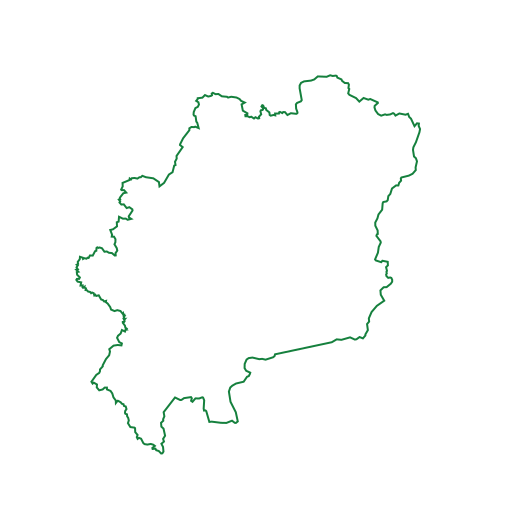 Natagaima, Tolima, Colombia, rotated 346°
{"feature_id": "7082276B16857235626689", "entity_name": "Natagaima", "entity_type": "district", "adm_level": 2, "iso_a3": "COL", "parent_name": "Colombia", "parent_adm1": "Tolima", "projection": "orthographic", "projection_center": [-75.144, 3.531], "detail": "fine", "context": "isolated", "style": "outline", "palette": "green", "viewbox_px": 512, "rotation_deg": 346, "n_neighbors": 0, "source": "geoboundaries", "source_scale": "gbopen_adm2", "svg_char_len": 6037}
<svg xmlns="http://www.w3.org/2000/svg" viewBox="0 0 512 512"><g transform="rotate(346 256 256)"><path d="M198.3,412.1L198.6,402.7L196.0,391.3L196.9,381.0L199.2,377.4L201.6,376.1L205.8,374.9L213.6,375.0L218.1,371.0L219.9,370.8L221.6,368.9L222.2,367.8L218.7,365.0L217.8,362.0L218.9,358.0L221.8,354.2L224.2,353.3L228.0,353.7L234.2,356.9L237.1,357.3L240.2,358.9L248.1,358.4L249.8,357.6L250.7,356.0L308.7,358.0L314.1,356.4L318.6,358.0L327.6,357.7L331.7,361.0L333.3,361.1L336.9,359.7L339.8,361.8L342.9,359.6L343.2,358.5L346.6,355.0L347.3,348.9L349.9,347.0L350.4,343.8L354.6,338.3L361.2,333.6L369.6,330.4L367.7,323.8L368.4,319.5L372.3,317.2L375.2,317.8L380.1,315.5L381.9,313.9L382.4,312.0L382.0,310.0L381.0,309.3L379.0,309.2L377.7,307.0L377.8,305.4L378.7,304.5L378.7,303.0L379.5,302.1L379.5,298.3L381.7,297.0L382.4,293.5L377.5,291.2L376.0,292.3L371.2,289.3L370.7,288.1L375.1,282.3L377.3,276.9L380.3,273.2L380.4,271.9L377.7,265.6L378.5,264.3L379.5,264.1L380.2,260.6L379.1,255.5L379.8,252.4L382.9,248.9L384.9,245.3L389.6,241.6L391.7,235.4L392.6,234.4L395.9,234.6L397.3,233.7L398.9,229.9L401.3,228.3L404.3,223.4L409.0,221.4L411.2,222.0L412.6,219.6L415.0,218.0L415.3,215.7L416.1,215.0L423.7,215.0L427.8,214.1L431.8,211.3L432.3,208.6L435.1,203.1L434.8,199.8L433.4,197.7L434.0,191.0L435.0,188.6L438.7,184.3L444.5,175.5L445.9,172.5L445.3,169.1L446.1,166.9L444.3,166.2L441.2,168.4L439.6,160.2L438.3,158.2L437.9,154.8L435.3,155.1L429.6,152.4L425.3,153.5L424.5,151.4L423.5,150.5L420.4,151.1L416.9,150.7L415.5,149.8L411.4,150.1L408.8,147.8L407.1,143.7L406.9,140.5L407.5,139.0L411.3,137.0L411.3,136.4L404.8,131.3L402.8,131.5L398.6,128.7L393.6,131.2L391.3,127.0L385.6,122.2L384.8,120.5L386.9,116.5L386.3,115.4L387.6,112.2L387.2,110.6L384.0,109.6L381.9,106.9L381.6,105.3L378.1,102.6L377.9,100.9L377.2,100.3L374.0,99.9L371.7,98.6L367.9,99.2L359.4,96.7L355.2,98.8L351.8,99.1L344.9,98.2L341.6,98.9L339.6,101.1L338.9,103.8L338.1,115.8L337.0,116.8L332.9,117.4L331.4,118.5L330.6,122.7L331.0,126.6L330.6,127.5L329.5,127.8L324.4,125.9L320.6,126.8L318.9,123.4L317.2,122.9L316.1,123.7L314.1,122.0L313.3,122.1L312.7,123.3L309.0,122.4L308.7,124.2L307.3,123.4L304.2,123.4L303.4,122.5L303.7,119.9L301.3,116.8L301.3,115.1L299.7,114.2L299.4,111.8L298.6,111.2L297.5,112.2L298.6,114.4L298.4,115.3L297.7,115.9L296.0,115.8L295.3,116.6L295.3,119.8L292.5,121.6L292.4,123.1L291.2,123.1L289.0,121.2L287.3,122.1L285.1,119.7L283.4,119.8L281.7,118.4L279.6,117.9L279.7,116.6L281.7,116.7L282.2,115.5L278.4,111.8L278.7,105.4L282.2,104.4L279.1,101.9L278.0,99.7L275.4,97.5L270.5,95.5L267.2,95.5L266.4,94.5L261.5,92.8L258.7,89.7L255.9,89.2L253.6,87.2L252.3,87.7L252.2,89.4L250.9,89.8L248.2,89.7L245.4,87.5L242.3,89.4L237.6,88.8L237.3,89.7L235.5,91.0L237.3,92.9L237.3,95.2L235.6,97.2L233.0,97.8L230.4,101.3L229.6,103.7L229.8,104.7L231.2,105.8L230.6,111.2L231.2,112.4L231.3,118.0L228.3,115.8L227.1,116.0L224.6,115.2L222.2,116.0L221.8,117.8L213.8,124.1L209.4,129.2L209.1,129.9L211.2,132.6L203.1,139.7L202.6,142.3L200.2,145.0L199.9,148.3L198.5,148.5L195.3,154.5L191.2,155.9L184.5,162.8L179.2,165.1L179.7,160.8L175.2,155.8L168.2,152.9L165.1,150.7L163.3,151.7L161.9,151.4L159.7,152.2L157.0,150.9L154.3,150.5L153.2,151.5L152.2,150.3L151.6,151.7L144.2,152.8L143.5,156.2L141.2,159.0L141.6,159.6L143.9,160.2L145.4,163.1L142.5,163.0L138.6,166.0L137.7,167.0L137.9,168.2L136.6,168.2L137.4,170.2L136.5,171.1L137.8,173.5L140.2,173.9L142.1,178.2L144.9,178.0L147.3,180.8L147.2,182.0L142.1,186.7L142.1,187.9L143.9,189.8L140.2,189.8L138.7,188.2L135.9,187.6L132.6,184.8L131.0,189.4L129.1,189.6L128.3,193.6L123.7,195.5L120.9,195.5L121.5,200.5L120.7,202.3L122.9,202.9L123.7,205.7L122.9,208.6L121.5,210.4L122.8,214.7L122.7,217.2L120.4,219.2L120.0,221.5L119.1,221.4L116.9,218.3L114.1,217.3L112.3,215.5L110.0,215.2L108.4,211.2L106.3,209.9L105.0,210.0L104.1,209.2L103.2,209.6L102.3,212.3L101.0,212.4L97.7,216.1L95.0,215.3L93.1,217.4L92.2,216.9L90.9,217.6L88.9,216.6L87.5,217.0L87.6,215.8L85.0,214.2L84.2,216.5L81.6,218.6L81.5,220.6L80.0,221.1L80.8,222.0L79.1,223.6L79.9,225.8L78.3,225.8L79.8,228.3L78.2,228.3L77.9,230.9L79.9,234.2L78.9,235.4L76.7,234.9L75.9,235.7L76.7,237.7L80.0,239.3L78.6,242.2L80.7,242.6L80.1,244.3L80.5,245.0L82.1,244.4L81.8,245.1L83.2,246.3L82.4,247.8L83.7,248.4L84.5,249.9L86.3,250.7L87.0,252.2L88.1,251.8L89.5,252.8L89.6,255.1L90.6,254.6L91.3,256.1L93.9,256.1L95.2,260.7L96.8,261.7L97.7,263.4L99.6,263.3L99.1,264.4L100.6,266.3L102.2,270.3L102.4,272.9L105.4,275.2L108.3,275.0L111.2,276.6L112.7,279.9L113.1,279.6L113.0,280.2L114.0,280.9L113.3,281.7L114.1,282.3L112.9,283.1L113.2,284.1L112.3,284.7L112.7,285.6L113.4,285.6L112.6,286.2L112.8,287.4L112.1,288.1L110.8,287.8L110.6,288.6L112.0,291.9L111.9,293.9L112.9,295.1L112.1,295.5L112.5,296.1L111.6,296.0L110.6,297.6L108.0,295.4L105.9,298.5L102.8,300.0L101.4,301.8L102.5,306.5L104.7,308.4L103.8,310.2L100.3,308.9L96.1,308.5L91.1,310.9L91.2,313.4L89.5,316.8L85.5,319.7L80.8,325.0L80.6,326.0L77.2,328.3L76.7,330.1L75.6,331.5L72.3,332.7L65.9,338.2L66.6,340.3L67.9,339.6L70.6,342.2L69.7,345.0L71.4,348.4L74.9,348.4L77.3,347.1L79.5,347.6L79.1,349.4L82.2,351.7L83.3,354.6L83.5,358.7L85.0,362.3L84.5,364.7L86.7,363.0L87.2,363.2L89.4,365.3L90.0,366.8L91.6,367.8L91.6,369.5L93.2,370.5L93.3,373.2L91.6,374.7L90.9,376.6L91.1,377.5L92.5,378.4L92.2,380.5L92.8,382.0L92.8,384.8L91.3,387.2L92.7,391.6L96.5,393.1L97.0,393.8L96.2,397.7L97.8,401.0L96.5,402.9L96.9,404.8L98.4,404.1L100.3,405.5L101.4,410.3L102.4,411.6L105.0,412.7L108.4,412.9L110.6,414.2L111.9,415.8L109.0,417.2L109.0,418.2L111.8,418.6L112.2,420.3L114.5,421.7L116.2,424.7L117.4,424.8L118.9,423.4L119.6,418.8L118.8,415.3L121.8,413.8L121.6,411.0L124.3,408.4L124.5,401.1L122.9,398.7L123.5,394.9L126.2,393.4L126.4,391.9L128.3,389.4L128.6,385.2L143.2,373.7L147.6,377.4L148.9,377.6L151.8,376.5L158.8,377.2L159.3,378.5L158.0,380.8L159.1,382.1L162.8,379.5L166.3,380.5L169.7,380.1L170.4,380.6L170.8,383.5L168.3,391.4L168.2,393.4L169.6,393.6L170.2,394.5L170.6,405.7L172.9,406.0L181.7,409.4L186.9,410.8L192.9,410.0L195.0,412.7L196.1,413.1L198.3,412.1Z" fill="none" stroke="#15803d" stroke-width="2"/></g></svg>